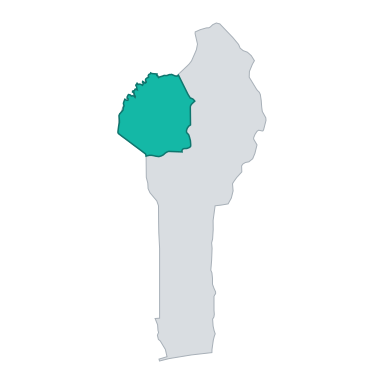 Benin, with Atakora highlighted
{"feature_id": "BEN-2181", "entity_name": "Atakora", "entity_type": "Department", "adm_level": 1, "iso_a3": "BEN", "parent_name": "Benin", "parent_adm1": "", "projection": "robinson", "projection_center": [1.484, 10.71], "detail": "fine", "context": "in_parent", "style": "filled", "palette": "teal", "viewbox_px": 384, "rotation_deg": 0, "n_neighbors": 0, "source": "natural_earth", "source_scale": "10m", "svg_char_len": 4353}
<svg xmlns="http://www.w3.org/2000/svg" viewBox="0 0 384 384"><path d="M159.5,361.0L159.0,359.1L167.0,356.7L165.4,349.5L160.3,341.0L158.4,339.4L157.4,335.2L158.6,332.4L158.0,330.5L157.6,324.8L155.1,318.5L159.6,318.2L159.6,297.8L159.6,278.3L159.6,261.6L159.6,248.4L158.8,232.6L158.6,221.0L158.5,205.7L156.8,200.9L150.0,192.8L148.1,188.6L147.8,183.1L146.3,177.4L146.2,167.3L146.1,155.7L145.4,153.8L138.0,148.3L127.5,140.4L119.5,134.4L118.9,134.0L118.1,132.5L119.3,114.7L121.0,112.4L123.5,105.1L124.8,99.2L125.9,99.3L127.5,97.3L128.8,94.5L130.2,95.1L132.6,95.7L133.6,94.7L133.5,92.5L134.3,90.3L136.1,89.3L136.6,87.3L136.6,85.1L138.2,84.5L140.9,84.6L143.1,83.9L144.8,82.7L147.1,78.1L148.4,76.5L148.8,75.4L150.1,74.4L153.7,73.9L156.6,74.3L158.4,76.9L170.8,74.6L176.7,75.9L188.8,64.4L191.5,61.0L195.1,52.8L196.4,49.7L197.5,44.1L195.1,33.7L195.2,31.9L200.2,29.7L206.4,27.9L208.8,27.8L210.4,26.9L212.7,24.7L216.3,23.0L218.5,23.6L219.8,23.9L232.9,37.6L238.6,44.5L240.1,48.1L243.1,50.6L247.4,52.2L251.3,55.7L254.4,60.7L252.4,64.2L249.4,71.5L249.2,77.2L256.5,89.2L257.4,90.4L259.3,92.3L260.3,94.5L261.2,100.4L261.7,107.1L262.3,111.5L265.8,117.8L266.0,120.4L263.6,129.8L263.0,130.8L262.4,131.0L258.6,130.2L257.0,131.3L255.0,134.4L253.7,137.6L253.6,139.0L257.0,144.9L254.9,153.4L252.7,158.7L248.9,161.8L245.4,162.5L243.0,163.9L241.6,165.8L241.8,171.9L236.7,177.5L233.9,181.4L232.5,183.7L233.1,190.9L231.3,198.1L228.1,203.9L221.0,205.1L215.1,205.8L213.1,220.4L213.2,229.6L212.6,239.0L211.6,242.9L212.1,248.3L211.6,260.5L210.8,270.2L211.9,272.8L212.5,278.4L212.5,284.3L214.0,288.4L215.6,291.9L215.6,293.7L214.7,294.9L214.0,296.4L214.0,310.2L214.3,314.3L213.9,317.0L212.6,319.1L213.1,326.1L214.1,330.6L215.2,333.8L214.2,336.6L213.3,340.2L212.0,349.4L211.9,352.6L191.6,354.9L169.0,358.6L159.5,361.0Z" fill="#d9dde1" stroke="#a8b0b8" stroke-width="1"/><path d="M176.9,76.2L178.2,75.5L178.4,75.2L178.6,75.5L188.0,94.4L190.4,98.2L190.8,98.2L191.4,98.3L191.9,98.6L192.1,98.7L192.3,98.8L192.6,98.9L193.3,99.4L194.8,101.1L192.0,103.7L191.0,105.0L190.5,105.9L190.4,106.6L190.3,107.5L190.5,124.9L190.0,125.3L188.9,126.0L188.7,126.2L187.4,128.0L186.9,129.2L186.6,130.1L186.5,130.9L186.5,131.7L186.5,132.0L186.7,132.5L187.0,133.0L188.3,134.3L188.6,134.7L188.8,135.1L189.5,137.2L189.7,138.1L190.4,140.6L190.7,144.5L190.7,145.6L190.6,146.3L190.4,146.5L190.1,146.9L189.7,147.3L189.3,147.5L187.4,148.3L186.6,148.5L184.0,148.6L183.5,148.7L183.0,149.0L182.8,149.2L182.5,149.5L182.2,150.0L182.0,150.4L181.9,150.7L181.9,150.9L182.1,151.9L168.5,151.4L166.6,152.2L165.0,153.3L163.4,154.8L161.3,155.9L158.9,156.6L155.9,156.2L153.8,155.7L151.5,155.3L149.4,155.3L146.7,155.9L146.1,156.1L146.1,155.7L145.5,153.9L140.4,150.0L133.5,144.9L129.4,141.8L126.6,139.7L122.0,136.3L118.4,133.5L118.0,132.7L118.0,131.5L118.7,125.8L119.4,122.8L119.4,120.6L119.0,115.7L119.7,113.9L122.3,111.0L123.0,110.0L123.1,109.5L123.2,108.2L123.3,107.6L124.0,106.0L124.0,105.4L123.6,104.3L123.4,103.7L123.6,102.6L124.8,99.3L126.3,100.2L126.9,100.3L127.8,100.3L128.0,100.0L128.1,99.4L128.1,98.7L127.8,98.4L127.4,98.2L127.2,97.7L127.2,97.1L127.3,96.5L127.4,96.4L127.8,95.7L128.1,95.1L128.4,94.6L128.7,94.5L128.9,94.6L129.9,94.8L130.3,95.0L130.5,95.3L130.8,95.4L130.9,95.5L131.2,96.0L131.5,96.1L132.1,95.9L132.3,95.8L133.7,96.0L134.2,96.2L134.4,96.4L134.7,97.0L135.1,97.4L135.2,97.1L135.3,96.2L134.7,95.6L134.4,95.0L134.3,94.4L134.3,93.8L134.2,93.1L133.7,92.9L133.5,92.5L133.6,91.9L133.5,91.6L133.1,91.5L132.8,91.8L132.6,91.9L132.6,91.1L132.8,91.0L134.4,90.6L134.7,90.3L135.0,89.3L135.2,89.1L135.7,89.1L136.7,89.6L137.2,89.8L136.9,88.8L136.7,87.0L135.8,85.3L136.1,84.6L136.6,84.1L137.1,83.2L137.5,83.6L137.9,84.3L137.8,84.5L138.3,84.5L138.5,84.4L138.8,84.2L139.2,84.1L140.1,84.2L140.9,84.4L142.5,85.3L143.1,84.0L143.2,83.6L143.1,83.0L142.6,82.5L142.5,82.1L142.7,81.4L143.3,81.7L143.8,82.4L144.1,83.0L144.4,82.6L144.8,82.4L145.1,82.6L145.5,83.0L146.3,82.2L146.2,81.5L145.7,80.8L145.5,79.8L145.9,78.8L146.8,78.1L147.9,77.6L148.7,77.0L148.3,75.9L148.3,75.4L148.7,74.7L149.3,74.2L149.9,74.0L150.4,73.7L150.7,72.9L151.5,73.4L152.4,73.6L157.0,74.0L156.9,74.4L156.7,75.2L156.7,75.5L157.5,75.5L158.5,77.6L159.4,77.2L160.3,76.7L162.5,76.2L163.4,75.7L164.2,75.4L166.3,75.6L167.2,75.5L169.1,74.7L170.0,74.5L170.8,74.7L171.3,74.4L171.9,74.5L173.1,75.1L175.2,76.0L176.9,76.2Z" fill="#14b8a6" stroke="#0f766e" stroke-width="1.5"/></svg>